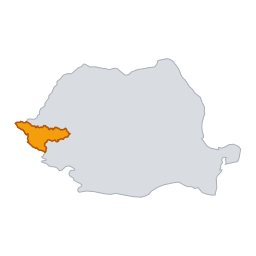 Timis highlighted on a map of Romania
{"feature_id": "ROU-280", "entity_name": "Timis", "entity_type": "County", "adm_level": 1, "iso_a3": "ROU", "parent_name": "Romania", "parent_adm1": "", "projection": "natural_earth1", "projection_center": [21.523, 45.663], "detail": "fine", "context": "in_parent", "style": "filled", "palette": "amber", "viewbox_px": 256, "rotation_deg": 0, "n_neighbors": 0, "source": "natural_earth", "source_scale": "10m", "svg_char_len": 6848}
<svg xmlns="http://www.w3.org/2000/svg" viewBox="0 0 256 256"><path d="M204.9,143.3L207.5,146.4L210.7,148.1L218.2,149.8L218.8,149.6L218.9,149.3L218.3,148.9L218.2,148.3L218.6,147.6L219.6,147.5L221.3,148.2L224.4,147.2L229.0,144.7L233.3,144.2L237.2,145.7L239.3,147.4L240.6,149.1L240.3,151.1L240.1,152.3L239.2,157.5L238.6,159.5L237.5,161.6L225.4,164.2L226.2,163.0L225.8,160.8L225.3,159.2L226.4,157.7L223.6,157.1L222.4,157.9L221.6,159.4L222.5,162.7L221.2,164.5L220.7,165.5L220.7,167.9L220.0,168.9L219.9,170.1L221.8,169.8L221.0,171.9L217.4,175.8L216.2,178.2L216.8,187.7L215.3,193.3L215.2,195.0L211.4,195.1L210.2,194.9L206.5,194.1L202.3,192.6L199.8,189.7L198.2,187.6L194.8,188.5L194.1,188.3L193.1,187.2L190.5,186.6L187.2,186.6L179.8,182.8L179.0,182.1L173.3,182.8L164.7,184.6L158.2,187.0L151.5,191.1L148.8,194.3L145.7,195.9L141.2,197.2L133.1,196.7L124.6,195.1L115.5,193.4L110.6,194.4L104.0,193.7L94.0,191.6L86.6,191.0L79.2,192.2L78.0,191.3L77.7,190.2L78.0,188.8L79.0,187.6L80.8,186.7L81.7,185.8L81.8,184.8L79.8,183.3L75.7,181.3L74.0,180.0L73.6,179.7L73.5,178.5L72.7,177.6L71.1,176.9L69.8,175.7L69.0,174.0L69.2,172.4L70.4,170.8L72.0,170.1L73.9,170.4L74.7,169.9L74.4,168.8L72.5,167.5L69.0,165.8L65.5,166.7L61.9,170.2L59.4,170.8L57.8,168.4L55.0,167.0L50.9,166.6L48.4,165.7L47.5,164.3L45.7,163.3L41.9,162.2L41.8,161.1L42.4,160.8L43.8,160.7L45.7,160.5L46.0,159.9L46.0,159.4L44.5,158.7L43.0,158.2L42.3,157.7L41.8,157.2L41.7,156.6L42.1,156.3L42.7,156.2L43.3,155.9L43.6,154.6L44.4,153.6L45.0,153.2L45.0,152.4L44.4,151.7L43.6,151.1L42.4,150.7L38.7,149.6L36.8,148.1L35.7,148.0L33.9,147.2L31.9,145.9L30.2,144.0L28.4,142.8L27.9,142.3L27.9,141.8L28.2,141.3L28.2,140.7L27.7,138.9L28.1,136.9L28.0,135.1L28.0,134.3L27.6,134.0L27.3,134.3L26.8,134.7L26.4,134.7L25.1,133.4L23.4,130.7L22.2,129.8L20.0,128.5L18.1,127.5L16.8,125.2L15.4,123.5L16.3,122.7L21.7,121.7L24.2,122.7L25.3,122.4L26.4,121.5L27.0,120.9L27.1,120.2L27.7,119.3L29.5,118.9L34.3,119.4L36.2,118.2L37.0,117.6L37.4,116.1L37.9,115.0L39.6,114.3L39.6,113.3L39.3,112.1L40.3,109.5L40.9,108.4L41.9,108.1L43.1,107.2L45.1,105.5L44.7,104.1L45.1,103.0L47.2,100.3L48.8,97.8L48.8,96.5L49.0,95.4L50.4,94.1L51.9,92.5L53.9,87.5L54.6,86.7L55.9,85.7L56.9,84.8L57.0,81.5L57.9,80.6L59.6,79.5L61.3,77.8L62.7,75.8L63.8,74.9L65.2,74.6L66.8,73.8L68.5,73.5L70.2,73.9L71.2,73.7L72.8,72.7L76.9,69.0L77.5,68.3L78.4,67.8L81.7,66.5L82.5,65.2L83.7,64.1L85.1,64.2L90.0,67.0L95.2,66.8L96.1,66.9L96.4,67.0L97.0,67.2L103.9,68.6L105.0,68.5L105.3,68.4L108.1,69.5L110.5,69.4L112.8,68.6L115.3,68.3L117.5,68.8L119.2,70.4L123.6,73.9L125.0,75.2L127.0,75.0L129.2,74.3L131.4,72.0L138.3,69.4L143.6,68.7L148.7,67.7L154.6,66.9L156.3,64.8L157.2,63.3L157.9,60.6L161.0,59.8L164.1,59.3L165.2,58.9L167.4,58.8L169.1,59.1L171.8,60.4L173.7,62.1L174.5,63.4L176.1,65.3L177.9,67.9L179.8,71.4L180.3,73.2L181.0,75.1L182.5,77.5L185.2,80.1L185.5,80.6L186.8,82.4L189.2,86.5L191.2,88.1L192.9,89.8L193.8,91.6L195.0,93.2L197.9,95.4L200.3,97.3L202.3,102.9L203.7,105.5L204.5,107.5L204.3,111.4L204.8,113.2L203.9,116.3L202.1,122.6L201.8,127.6L202.2,130.3L202.3,132.0L202.8,133.1L203.4,135.4L203.5,137.4L202.8,137.9L201.9,138.4L201.5,138.8L202.4,139.7L203.7,141.4L204.9,143.3Z" fill="#d9dde1" stroke="#a8b0b8" stroke-width="1"/><path d="M24.0,122.8L25.4,122.6L25.8,122.4L26.2,122.0L26.3,121.7L26.7,121.8L30.0,123.9L30.9,124.6L31.1,125.2L31.4,125.6L31.7,125.8L32.1,125.9L33.5,126.1L34.2,126.0L34.5,126.0L35.0,126.1L35.2,126.3L35.3,126.4L35.3,126.8L35.3,127.0L35.6,127.3L35.9,127.5L36.3,127.6L36.5,127.5L36.7,127.4L36.8,127.3L36.8,127.1L36.9,126.8L36.9,126.6L37.0,126.4L37.5,126.2L37.8,126.1L38.0,126.2L38.0,126.3L38.1,126.6L38.2,126.9L38.9,127.5L39.3,127.7L39.6,127.7L40.2,127.3L40.4,127.2L40.8,127.1L41.2,127.1L41.4,127.2L41.8,127.6L42.1,127.6L42.6,127.1L43.2,126.6L43.4,126.5L43.5,126.3L43.5,126.1L43.5,125.9L43.6,125.7L43.8,125.6L44.2,125.6L45.0,125.6L45.4,125.8L45.6,125.9L45.6,126.1L45.6,126.4L45.6,126.6L45.8,126.8L46.0,126.9L46.7,126.8L46.9,126.8L47.2,127.0L47.7,127.5L48.2,127.8L48.4,128.1L48.5,128.3L48.4,128.6L48.4,128.9L48.5,129.0L48.8,129.2L48.9,129.3L49.1,129.5L49.4,129.7L49.6,129.5L49.8,129.1L50.1,128.6L50.3,128.4L50.5,128.3L50.8,128.3L51.6,128.6L51.9,128.7L52.1,128.9L52.4,129.3L52.6,129.5L52.8,129.6L52.8,129.4L52.8,129.0L52.8,128.7L53.0,128.4L53.3,128.5L53.5,128.6L54.2,128.7L54.4,128.7L54.6,128.6L54.6,128.4L54.8,127.7L55.0,127.4L55.4,127.3L56.0,127.3L56.3,127.4L56.6,127.5L56.8,127.8L57.1,128.0L57.5,128.1L58.5,128.2L58.7,128.3L58.8,128.4L58.9,128.6L59.0,128.8L59.6,129.1L59.9,129.4L60.2,129.6L60.5,129.7L60.9,129.7L61.4,129.6L61.7,129.7L62.3,130.0L62.5,130.0L62.7,129.9L62.8,129.7L63.0,129.6L64.0,129.3L64.5,129.3L64.6,129.2L64.9,128.7L65.0,128.5L65.1,128.4L65.5,128.3L66.3,129.0L66.5,129.5L66.6,130.1L66.7,130.4L66.9,130.9L67.1,131.2L67.7,131.6L67.9,131.8L68.2,132.2L68.6,133.2L68.8,133.4L69.0,133.5L69.3,133.4L69.5,133.4L69.9,133.5L70.0,133.7L69.9,133.9L69.7,134.2L68.8,134.9L68.5,135.2L68.3,135.5L68.2,135.8L68.1,136.4L68.0,136.6L67.9,136.7L67.9,136.8L67.7,136.9L65.0,137.3L64.2,137.9L63.5,139.1L63.4,139.2L63.2,139.2L62.8,139.2L62.4,139.2L62.2,139.2L61.8,138.8L61.6,138.7L61.3,138.6L61.0,138.7L60.4,139.2L59.8,139.5L59.3,139.7L58.8,139.8L58.0,139.8L57.8,139.9L57.8,140.0L57.9,140.6L58.0,140.8L58.5,140.8L58.5,141.0L58.3,141.1L57.7,141.5L57.3,141.7L56.8,141.7L56.5,141.7L56.2,141.6L56.0,141.4L55.9,141.2L55.7,141.0L55.5,140.5L55.3,140.3L55.1,140.1L54.8,140.0L54.5,140.0L53.7,140.5L52.6,141.0L52.0,141.1L51.6,141.1L51.4,141.0L51.1,140.6L50.9,140.5L50.6,140.4L50.0,140.2L49.6,140.0L49.2,139.9L48.5,139.9L47.8,140.1L47.4,140.3L47.2,140.7L47.0,141.0L47.0,141.3L47.0,141.6L46.8,141.9L46.5,142.2L45.5,142.7L45.1,143.1L44.8,143.3L44.9,143.6L44.9,143.9L44.9,144.2L44.8,144.4L44.5,144.9L44.5,145.1L44.5,145.4L44.6,145.6L44.7,145.9L45.5,146.6L46.0,147.0L46.3,147.4L46.4,147.6L46.4,147.8L46.4,148.0L46.5,148.5L46.4,148.8L45.9,149.3L45.8,149.6L45.8,149.9L46.0,150.7L46.0,151.0L45.8,151.3L45.7,151.6L45.3,152.1L44.8,152.3L44.2,151.7L43.6,151.2L42.9,150.9L40.4,150.2L39.4,150.1L39.0,150.0L38.2,149.5L37.8,149.1L37.0,148.0L36.6,147.7L36.4,147.8L36.0,148.2L35.7,148.3L35.5,148.2L35.3,148.0L35.1,147.8L34.8,147.7L33.7,147.2L32.8,146.9L32.5,146.6L31.6,145.5L30.0,144.3L29.3,143.2L28.9,142.9L28.5,142.8L28.1,142.6L27.8,142.4L27.6,142.0L28.1,141.6L28.5,141.3L28.5,140.9L28.2,140.2L27.6,139.1L27.5,138.6L27.7,137.9L27.9,137.3L28.0,137.1L28.1,136.6L28.1,135.1L28.1,134.8L28.2,134.5L28.2,134.2L28.0,133.9L27.7,133.8L27.3,134.1L27.1,134.5L26.8,134.7L26.5,134.8L26.2,134.7L25.9,134.5L25.7,134.1L25.1,133.5L24.9,133.1L24.9,132.9L24.8,132.2L24.7,132.0L24.5,131.8L24.1,131.5L23.9,131.4L23.2,130.1L22.8,129.8L22.4,129.6L21.5,129.6L21.0,129.4L19.8,128.3L19.3,128.1L18.4,127.7L18.0,127.4L17.6,127.0L17.1,125.6L16.9,125.1L15.4,123.5L16.3,122.4L20.2,122.3L20.7,121.5L21.7,121.7L22.6,122.0L23.3,122.6L23.6,122.7L23.9,122.8L24.0,122.8Z" fill="#f59e0b" stroke="#b45309" stroke-width="1.5"/></svg>